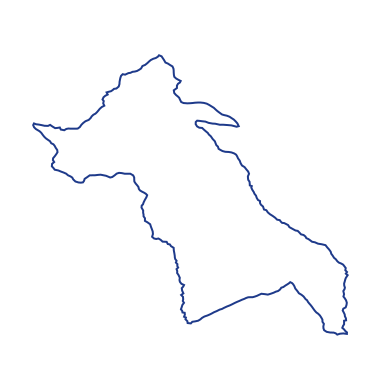 São João da Lagoa, Minas Gerais, Brazil, rotated 273°
{"feature_id": "56859067B20811044827275", "entity_name": "São João da Lagoa", "entity_type": "district", "adm_level": 2, "iso_a3": "BRA", "parent_name": "Brazil", "parent_adm1": "Minas Gerais", "projection": "equal_earth", "projection_center": [-44.337, -16.851], "detail": "fine", "context": "isolated", "style": "outline", "palette": "blue", "viewbox_px": 384, "rotation_deg": 273, "n_neighbors": 0, "source": "geoboundaries", "source_scale": "gbopen_adm2", "svg_char_len": 5730}
<svg xmlns="http://www.w3.org/2000/svg" viewBox="0 0 384 384"><g transform="rotate(273 192 192)"><path d="M295.0,171.5L297.5,171.4L299.4,172.4L300.7,174.2L302.3,174.9L303.4,172.4L304.5,170.2L306.1,168.3L308.0,167.8L310.3,167.5L312.7,167.3L314.3,167.0L316.4,165.9L317.7,163.4L319.0,161.2L319.9,158.7L322.4,157.1L324.0,155.9L325.9,154.5L326.8,151.9L325.3,150.8L323.9,148.8L323.0,146.3L321.6,143.9L320.1,142.3L318.4,140.7L316.5,138.6L315.2,135.9L312.7,134.7L311.4,133.0L310.0,130.8L309.3,128.6L308.9,126.3L307.8,124.3L307.4,122.3L305.7,119.1L306.0,116.6L304.3,115.1L302.3,114.5L300.5,114.2L298.1,113.9L296.0,113.9L293.5,113.3L291.4,111.1L290.9,108.7L289.6,107.4L288.4,105.8L287.8,103.8L287.0,101.5L284.9,102.7L283.6,100.4L282.0,98.7L279.7,97.8L278.2,99.1L275.9,98.7L273.6,99.9L272.1,97.4L270.2,95.5L268.4,94.2L266.7,92.9L265.2,91.5L264.0,89.5L262.2,87.8L260.7,87.0L258.6,85.1L257.1,81.9L255.2,79.7L253.3,78.0L251.0,76.6L249.3,74.5L249.1,71.0L248.9,68.1L248.9,65.2L248.4,63.2L247.0,61.2L247.5,57.7L249.5,56.6L249.0,54.5L248.6,52.0L250.1,49.2L251.6,46.8L250.5,44.8L250.4,41.4L250.9,38.4L251.3,35.6L251.5,32.7L252.2,30.6L250.5,29.9L248.4,30.9L246.7,32.8L245.7,34.7L244.7,36.6L243.2,38.4L241.2,40.0L239.5,41.5L237.9,43.3L236.7,45.2L235.3,47.5L233.3,48.9L232.4,51.1L230.8,52.5L229.1,53.5L226.9,55.2L224.7,55.6L222.7,54.5L220.7,53.2L218.4,51.5L216.6,51.4L214.7,52.8L212.8,50.8L210.3,50.7L208.7,52.4L207.1,53.7L206.5,57.4L205.5,60.2L204.7,62.8L203.7,65.4L202.2,67.3L201.2,69.9L200.1,71.7L198.4,72.7L196.4,75.0L195.6,78.1L195.5,80.5L195.9,82.6L197.5,83.6L199.5,84.1L201.3,86.5L203.3,89.0L203.5,92.1L203.7,94.7L204.1,96.8L204.5,99.8L204.1,102.6L203.7,105.3L202.9,107.6L202.2,109.5L202.8,111.6L204.7,114.0L206.4,115.8L207.3,118.1L207.2,120.9L206.7,124.0L206.9,127.2L207.0,129.5L205.5,132.4L203.5,133.5L201.0,133.7L199.4,133.9L197.5,135.3L195.5,137.2L194.1,138.3L192.4,138.7L190.9,139.9L189.9,141.7L188.8,144.2L187.8,146.0L186.5,147.4L184.3,146.7L181.6,145.3L179.0,144.2L177.1,143.7L175.8,142.5L173.8,142.4L171.0,144.2L168.7,144.3L166.9,144.8L165.2,144.9L163.3,146.4L160.7,146.5L159.4,149.1L157.6,151.9L155.2,152.8L153.2,153.7L150.6,154.8L148.0,155.2L145.2,154.5L143.6,156.5L143.2,158.7L143.8,160.9L142.6,163.2L140.9,165.2L140.9,169.3L138.8,170.5L138.5,172.6L136.8,173.9L135.3,176.6L132.7,176.9L129.8,177.6L127.4,178.1L125.7,178.3L124.1,178.8L122.5,180.2L120.7,179.6L119.2,181.2L117.3,181.2L115.8,182.1L114.2,180.6L112.3,181.4L110.3,181.4L108.5,182.8L105.7,184.3L103.5,184.1L101.7,184.6L99.8,186.2L98.7,188.9L97.1,188.2L95.4,186.8L93.0,187.3L90.3,188.7L88.6,186.6L86.8,188.5L84.3,188.8L82.7,188.5L80.9,189.8L78.7,188.3L75.9,187.6L74.3,187.1L72.8,188.4L71.2,188.8L71.0,191.0L69.2,191.3L67.0,190.6L66.3,192.5L64.6,192.1L62.8,194.1L60.9,194.5L60.7,197.7L62.4,199.1L63.0,202.0L63.8,204.9L65.3,207.1L66.8,208.6L68.3,210.9L69.5,213.9L70.6,216.1L71.6,217.9L73.1,220.3L74.4,223.0L76.0,225.8L76.8,228.1L77.9,229.9L79.5,232.9L80.7,235.6L82.0,238.0L83.5,240.6L84.6,242.7L85.7,245.0L87.1,247.7L88.0,249.8L89.0,251.6L89.8,253.6L90.0,255.7L90.1,258.0L90.8,260.1L91.7,262.3L92.9,264.5L94.0,266.6L93.8,270.2L93.5,273.1L94.5,275.9L95.7,278.8L96.9,281.0L97.6,283.1L99.1,284.9L101.1,286.2L101.9,288.2L103.5,290.2L104.8,292.1L105.9,293.6L107.1,294.8L106.2,296.8L105.0,298.0L103.2,299.2L101.0,300.2L99.5,301.6L98.0,302.9L96.5,304.0L95.1,306.7L93.5,308.9L90.9,311.1L89.9,312.6L88.4,313.5L86.9,314.8L85.5,316.2L83.8,317.7L81.5,319.5L79.8,320.9L78.2,322.5L77.1,324.3L75.4,326.2L73.2,327.8L71.4,328.9L69.2,329.1L67.2,330.6L64.7,330.2L62.8,330.4L60.9,331.2L59.4,333.8L58.9,337.4L59.0,340.8L58.4,342.9L57.2,344.5L58.2,347.1L58.7,350.5L58.4,354.1L59.9,354.1L61.3,352.3L62.8,351.0L64.2,349.2L66.3,349.9L67.8,350.8L69.8,350.7L71.4,350.6L71.9,352.6L73.9,352.3L75.9,351.2L77.7,350.9L79.9,349.7L81.5,348.7L83.4,349.2L84.8,351.5L87.3,352.2L89.5,352.4L91.9,351.5L93.9,350.1L95.5,348.7L97.9,349.2L101.0,348.3L103.0,349.4L104.5,349.7L106.6,348.9L108.6,348.7L110.6,349.2L112.1,349.5L114.0,350.0L115.6,350.9L117.1,351.8L118.5,349.9L120.2,351.0L121.9,349.2L124.1,349.5L125.9,348.0L127.4,346.7L128.3,344.9L129.2,342.3L130.5,340.7L132.4,339.1L133.7,337.3L136.1,335.6L137.6,334.3L139.7,333.6L141.9,331.8L143.8,329.9L145.9,328.1L146.6,324.3L147.0,320.5L148.2,317.4L148.6,314.5L149.9,312.6L151.1,310.7L151.9,308.6L153.5,307.6L154.9,305.7L155.4,303.1L157.2,301.3L158.7,299.6L159.0,297.3L160.2,294.8L162.0,291.1L164.0,289.7L165.0,287.5L165.8,285.7L165.9,283.6L167.1,282.2L168.5,281.1L168.8,278.5L170.8,276.2L172.4,273.7L173.9,271.0L175.6,268.8L177.7,267.2L178.3,264.8L181.2,263.7L183.0,261.4L184.6,260.5L186.5,260.4L187.5,258.3L189.6,256.9L191.7,256.1L193.6,254.4L195.0,253.8L197.5,252.0L199.5,251.0L201.0,251.4L201.6,249.4L203.4,249.2L205.3,248.9L207.1,247.5L208.7,247.2L210.6,247.0L213.2,248.0L215.4,247.0L217.4,245.1L219.6,243.2L221.1,240.5L223.4,239.0L225.8,238.0L228.0,236.2L230.0,235.2L231.6,234.1L232.7,232.2L233.6,229.3L233.9,226.5L233.9,223.1L234.5,220.3L235.5,218.2L236.5,216.3L238.7,215.5L240.0,213.9L241.9,213.0L243.8,212.2L246.0,209.9L248.6,207.9L250.3,205.8L251.8,204.7L253.2,202.8L255.0,200.5L256.5,198.8L256.6,195.9L257.8,193.6L260.0,192.1L262.1,192.1L263.5,193.4L263.4,195.9L263.2,198.3L263.0,201.7L261.9,205.0L261.4,209.0L261.4,211.6L261.0,214.0L260.6,216.4L260.8,219.7L260.7,224.4L260.6,227.8L260.0,230.8L259.5,233.1L260.2,235.2L262.8,233.8L264.7,232.0L266.5,230.0L267.9,227.6L269.1,225.6L270.0,222.9L270.5,220.0L271.0,217.9L272.1,216.2L273.2,214.5L274.3,212.9L275.5,211.4L277.2,209.4L278.3,207.4L279.8,204.7L281.0,202.1L281.6,199.1L281.8,195.5L281.6,192.8L281.3,190.2L280.9,188.0L280.6,185.8L280.3,182.8L280.4,178.9L281.3,176.5L283.4,175.3L285.5,174.2L286.7,172.8L288.0,171.0L289.9,169.1L292.6,168.5L295.0,171.5Z" fill="none" stroke="#1e3a8a" stroke-width="2"/></g></svg>